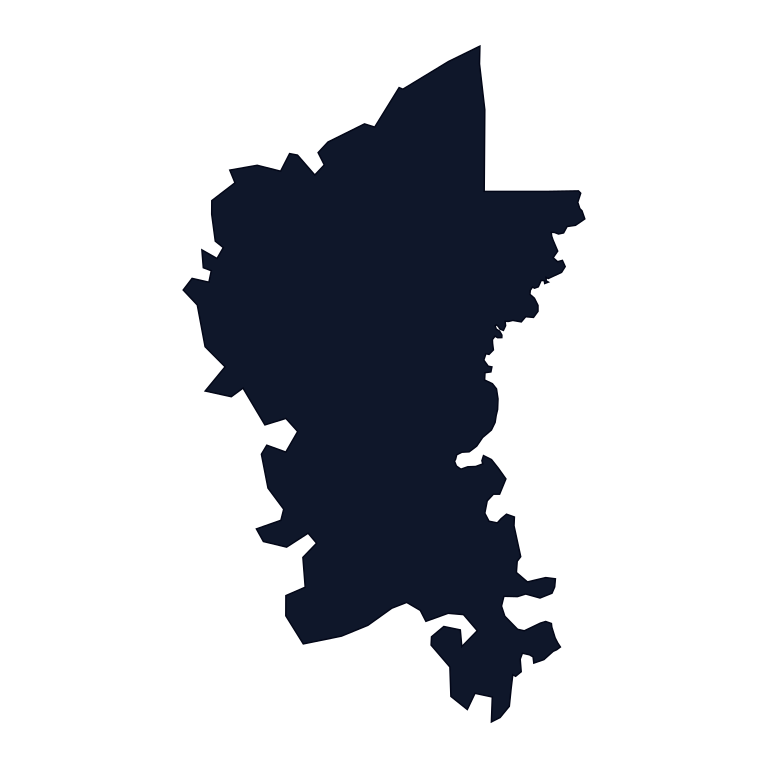 the district of Greene, Alabama, United States of America
{"feature_id": "52423323B21487028276872", "entity_name": "Greene", "entity_type": "district", "adm_level": 2, "iso_a3": "USA", "parent_name": "United States of America", "parent_adm1": "Alabama", "projection": "equal_earth", "projection_center": [-87.872, 32.837], "detail": "fine", "context": "isolated", "style": "filled", "palette": "ink", "viewbox_px": 768, "rotation_deg": 0, "n_neighbors": 0, "source": "geoboundaries", "source_scale": "gbopen_adm2", "svg_char_len": 2695}
<svg xmlns="http://www.w3.org/2000/svg" viewBox="0 0 768 768"><path d="M467.3,709.5L475.0,693.3L492.3,697.0L491.4,721.9L500.1,717.5L509.3,706.3L511.1,688.8L512.8,674.7L515.6,676.3L521.2,671.7L520.2,659.2L522.4,653.2L529.5,654.8L533.1,656.9L533.8,663.1L543.9,659.6L553.2,651.3L556.6,649.8L560.4,647.0L557.7,642.9L555.1,637.8L551.8,627.1L551.4,623.5L545.7,621.5L540.4,623.1L524.3,630.8L517.6,629.3L504.8,616.2L501.5,606.1L503.9,596.3L509.6,596.4L517.5,596.6L525.7,594.0L540.0,598.0L552.0,593.2L554.7,586.9L555.4,578.8L545.7,577.6L527.4,581.9L516.4,572.5L517.2,561.3L520.7,556.7L514.0,525.8L514.4,517.0L506.5,514.2L501.1,518.7L497.3,522.9L489.0,521.2L484.8,513.2L487.2,500.9L493.4,494.2L499.6,494.2L505.9,478.9L498.3,468.2L491.5,459.6L483.5,455.6L481.9,460.7L482.8,463.9L475.7,466.5L467.7,466.8L460.9,469.2L456.4,466.0L454.5,461.2L455.6,459.2L456.7,454.8L461.9,452.2L469.2,451.8L476.7,446.1L482.6,437.5L491.4,430.0L495.1,422.4L496.2,415.3L497.6,409.5L498.0,398.9L496.5,388.9L492.4,383.7L484.6,380.0L485.0,372.7L490.9,371.9L491.9,366.9L488.2,366.2L483.8,360.1L485.9,353.7L489.0,354.4L493.4,349.9L492.6,343.5L492.4,339.6L495.0,336.2L497.7,337.7L501.8,337.6L501.9,335.1L499.6,331.1L496.3,329.2L495.1,325.9L496.4,324.8L498.5,326.6L499.9,329.0L503.4,330.4L505.6,325.7L505.1,321.3L508.7,321.4L512.8,320.4L521.3,321.9L525.7,316.7L533.5,317.4L538.0,311.3L538.0,305.4L534.4,298.2L529.9,294.3L530.3,290.3L532.5,287.0L534.5,288.2L538.3,286.8L541.2,280.4L544.3,280.7L544.7,283.5L548.4,282.1L546.2,280.8L546.1,277.4L548.3,278.5L561.6,272.3L565.2,266.6L562.4,260.4L557.6,261.7L553.1,257.7L557.7,251.1L553.0,240.0L551.7,236.2L551.2,232.3L554.3,232.4L558.5,234.0L563.6,232.9L567.1,226.5L575.5,225.3L584.8,218.9L582.0,210.8L579.8,208.6L578.2,203.6L577.7,202.5L580.7,193.2L578.5,190.9L548.3,191.4L484.2,191.4L484.8,109.8L479.5,63.9L479.9,46.1L448.5,61.5L402.9,89.2L399.1,87.6L374.7,127.1L364.5,123.9L328.0,142.0L318.1,152.6L324.3,164.9L314.8,175.0L297.5,155.1L289.6,153.6L280.6,171.2L257.2,165.3L229.8,170.1L235.0,182.8L211.8,200.6L211.7,214.2L215.3,241.2L223.3,247.6L217.0,258.5L201.9,249.9L203.3,267.7L211.3,270.7L208.9,282.2L192.1,278.4L183.2,290.0L197.3,305.0L205.1,346.7L225.1,366.8L205.2,391.0L231.3,396.7L243.0,388.1L264.9,424.9L285.9,418.4L297.7,431.5L285.8,452.1L266.8,445.2L261.4,454.2L268.0,488.1L283.7,509.2L280.9,520.3L256.4,528.9L263.4,541.5L286.6,547.1L308.1,533.2L316.6,543.2L302.9,557.4L305.2,587.2L285.9,595.6L285.8,615.8L303.3,643.9L341.5,636.1L367.9,625.3L391.8,608.2L406.7,602.4L420.3,610.4L425.9,621.3L448.1,613.3L463.5,614.6L477.3,630.7L461.8,646.6L460.3,629.9L443.8,626.5L431.5,636.8L431.1,645.1L449.9,667.0L450.9,696.4L467.3,709.5Z" fill="#0f172a" stroke="#020617" stroke-width="1.5"/></svg>